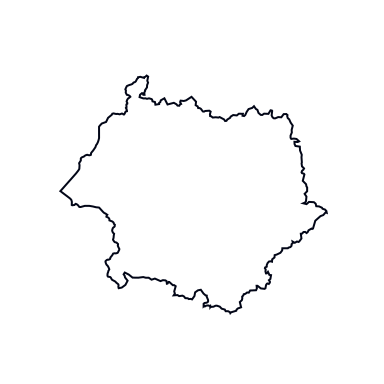 Dytikis Makedonias, Dytiki Makedonia, Greece (Natural Earth projection), rotated 311°
{"feature_id": "26713481B79624114853188", "entity_name": "Dytikis Makedonias", "entity_type": "district", "adm_level": 2, "iso_a3": "GRC", "parent_name": "Greece", "parent_adm1": "Dytiki Makedonia", "projection": "natural_earth1", "projection_center": [21.387, 40.387], "detail": "fine", "context": "isolated", "style": "outline", "palette": "ink", "viewbox_px": 384, "rotation_deg": 311, "n_neighbors": 0, "source": "geoboundaries", "source_scale": "gbopen_adm2", "svg_char_len": 5992}
<svg xmlns="http://www.w3.org/2000/svg" viewBox="0 0 384 384"><g transform="rotate(311 192 192)"><path d="M243.2,76.0L242.7,76.5L241.4,76.3L238.6,77.0L237.4,76.8L236.3,76.1L234.4,76.1L232.8,75.3L232.4,75.0L231.8,74.6L229.4,73.4L228.9,73.4L226.1,74.2L225.6,74.5L225.4,75.4L224.5,76.1L223.6,76.7L223.4,77.1L222.6,79.0L223.2,80.1L223.5,81.0L223.6,82.3L223.4,83.0L221.5,82.7L220.6,82.4L219.1,82.6L217.5,83.2L217.3,83.4L216.9,84.6L216.3,85.2L216.1,85.3L215.6,85.0L215.0,85.1L214.5,85.4L214.0,86.1L212.8,87.1L212.6,86.8L212.1,86.9L211.3,88.7L210.9,89.3L210.3,89.9L209.3,89.2L208.8,89.2L206.9,89.8L206.4,89.8L205.8,89.8L205.6,89.4L205.7,89.1L205.6,88.8L205.4,87.9L205.2,87.6L203.2,86.5L202.1,84.5L201.4,83.9L200.7,82.9L199.9,81.3L198.8,80.5L197.7,80.8L192.9,80.0L188.5,81.2L184.5,79.0L181.8,78.9L180.3,79.0L171.7,86.5L170.2,87.3L168.1,88.2L166.0,88.8L164.4,88.9L162.5,89.7L158.3,90.2L156.4,90.2L155.2,90.3L153.7,91.3L152.6,90.7L151.7,89.4L151.4,88.6L150.8,88.1L149.6,87.5L148.4,87.2L147.9,87.2L146.0,86.2L144.9,86.0L144.2,86.2L143.8,86.5L143.2,87.2L142.5,87.5L139.7,87.9L138.5,89.5L135.5,91.8L133.8,92.1L129.9,92.3L106.3,92.1L107.1,104.0L107.0,105.4L106.9,106.0L106.0,107.5L105.5,108.0L103.3,109.8L103.4,110.3L105.1,111.8L106.6,111.9L106.8,112.0L107.1,113.0L107.2,113.7L107.2,115.0L106.8,116.5L107.0,117.1L107.6,117.8L111.2,120.2L114.1,123.5L116.0,126.6L117.6,129.7L118.9,131.5L119.3,132.2L118.6,138.1L118.6,139.7L119.0,140.8L119.2,143.0L118.4,143.0L117.2,143.6L117.8,145.9L117.4,147.3L116.9,147.9L116.4,148.3L117.5,151.3L117.5,152.5L117.4,153.0L116.8,153.8L116.6,154.9L116.7,155.2L115.3,156.2L114.6,156.2L113.4,155.9L112.6,156.0L110.8,156.8L110.3,157.3L109.7,158.4L109.4,159.4L109.4,160.6L108.0,161.4L105.9,162.9L104.3,163.6L104.0,164.1L103.6,165.6L103.5,166.3L103.5,166.6L104.3,168.2L104.2,170.3L103.6,170.8L102.8,171.2L102.7,171.4L102.1,172.6L101.3,174.6L100.6,175.0L97.5,175.8L97.1,175.7L95.7,174.8L94.9,173.7L93.8,172.9L92.0,173.3L89.0,173.4L87.8,174.1L86.4,173.6L86.0,173.3L85.6,172.7L84.8,172.3L83.2,172.1L82.9,172.2L82.3,172.8L81.4,174.3L81.0,175.5L81.0,176.4L80.8,177.3L80.3,178.6L79.4,180.3L78.6,180.5L77.8,180.6L76.4,181.3L75.3,181.7L74.6,182.1L73.4,183.1L73.2,183.4L73.0,184.0L73.1,184.3L73.7,185.3L74.2,186.2L74.1,186.9L73.3,189.1L73.6,190.6L73.9,191.9L74.1,193.0L73.9,194.3L74.0,196.8L73.8,197.3L73.0,198.1L72.5,198.3L71.4,199.5L71.3,199.8L73.8,201.7L78.2,202.7L82.8,201.6L83.6,197.5L84.6,196.1L85.0,194.4L87.1,194.1L88.2,198.4L88.4,203.3L92.0,207.6L95.8,211.0L97.0,213.4L98.9,215.6L99.3,219.0L102.3,220.8L104.1,226.7L106.4,227.9L107.9,230.0L108.0,231.3L106.3,233.2L106.8,233.6L108.8,233.4L109.2,233.9L109.1,238.7L110.0,239.6L110.2,241.5L105.3,243.8L104.1,245.7L102.0,246.0L104.7,248.7L105.0,250.6L107.5,252.8L107.9,254.5L107.5,256.6L109.0,258.5L109.1,259.8L110.5,261.2L111.0,262.5L115.1,262.1L118.3,260.2L121.7,261.0L124.0,262.8L122.9,267.3L122.9,270.0L123.5,271.1L122.7,271.7L121.1,274.9L120.2,275.8L119.2,276.1L118.1,275.7L116.5,274.3L115.3,274.1L113.3,275.8L114.2,275.9L114.1,276.8L115.4,277.2L117.0,278.6L117.5,280.0L118.1,280.3L117.1,281.3L117.9,281.2L118.0,282.0L119.6,283.5L121.5,284.3L122.5,285.3L123.7,288.2L123.4,290.9L124.8,293.9L124.1,295.6L125.7,297.4L126.2,299.4L125.7,300.4L126.8,300.4L131.4,303.3L132.5,302.8L134.2,303.0L137.2,304.7L140.3,300.3L143.0,300.6L144.5,299.9L146.0,298.5L147.7,298.6L148.8,298.1L150.2,299.1L152.3,299.5L153.3,300.9L155.8,300.5L159.9,304.8L161.8,304.2L163.6,302.3L164.2,303.0L164.4,307.2L166.5,310.3L167.5,310.6L170.4,308.9L171.9,308.7L172.7,309.2L173.0,310.3L174.7,310.2L175.4,309.7L175.9,307.9L177.8,308.2L181.1,306.2L180.2,304.8L181.6,301.7L179.6,301.8L179.1,301.2L180.2,299.6L181.9,298.4L182.3,297.0L183.0,296.7L184.7,297.4L185.8,296.4L187.9,295.7L190.0,295.7L191.2,296.7L191.9,298.1L193.8,296.7L196.7,297.2L198.6,295.8L200.2,296.9L204.1,298.6L207.0,298.4L208.8,297.1L212.5,301.3L213.3,301.3L215.0,302.4L216.7,302.4L217.9,301.4L219.7,301.6L220.6,300.4L221.1,302.9L223.5,303.7L224.1,305.1L224.9,305.4L228.7,305.1L231.9,301.5L232.9,302.4L234.9,302.4L236.1,303.6L236.2,305.4L237.8,305.6L239.6,305.1L242.8,306.2L242.9,306.9L243.8,307.3L251.2,303.9L258.1,304.8L260.7,306.2L264.3,306.2L264.7,307.3L265.8,305.9L266.0,303.9L265.0,301.5L265.4,300.4L264.5,297.4L262.8,295.1L264.3,293.0L264.3,290.7L261.3,286.8L258.0,286.4L256.5,283.4L258.3,284.3L259.9,284.0L263.6,281.4L264.5,278.2L268.1,278.4L271.0,275.9L271.3,274.7L272.7,273.0L273.1,268.3L279.0,265.3L279.2,264.4L278.4,262.7L278.7,261.8L280.1,261.2L282.0,261.4L283.3,261.1L283.5,258.2L285.4,256.0L286.4,255.5L290.1,251.8L292.1,250.4L294.2,246.3L297.0,243.6L294.6,239.9L295.5,237.9L297.1,236.4L299.1,239.0L300.5,239.6L300.6,236.1L299.2,233.9L297.2,232.1L297.6,230.8L299.2,229.4L302.4,228.3L304.2,226.5L308.2,224.5L309.1,220.9L310.6,217.7L310.6,215.8L311.7,214.1L312.7,213.6L312.7,212.0L310.9,210.1L307.0,210.4L305.1,207.9L302.2,206.5L301.3,205.4L301.2,203.9L302.0,201.9L305.8,199.3L305.9,198.8L305.2,197.7L301.1,198.4L298.4,195.0L296.3,194.5L295.3,193.3L295.3,190.3L296.9,187.5L296.6,185.7L297.4,182.5L295.0,182.3L291.7,180.3L288.4,180.7L285.0,181.7L283.5,181.5L282.7,180.1L284.4,179.1L281.8,176.0L279.2,175.6L277.1,172.6L274.2,171.7L273.1,172.1L269.8,171.1L268.3,171.3L267.3,170.4L267.8,168.6L266.7,163.7L265.5,163.1L264.0,160.9L261.8,158.8L261.7,156.7L261.2,155.9L262.5,154.5L264.9,153.3L264.7,151.7L261.8,148.8L260.5,148.3L259.9,147.3L260.6,144.1L260.3,142.6L259.4,141.6L260.3,140.2L259.9,137.8L262.8,135.8L263.5,129.2L257.2,127.4L255.3,126.1L253.5,123.5L252.1,124.0L251.3,126.0L250.2,125.5L248.8,125.8L247.7,124.4L248.0,122.7L247.4,119.8L242.0,116.1L244.6,109.7L240.7,108.3L239.0,109.1L237.8,108.7L236.8,109.5L233.9,107.1L235.6,105.0L234.5,102.7L235.6,101.2L235.5,100.3L234.5,98.1L232.8,96.9L232.2,95.5L230.7,93.9L229.2,90.2L231.3,89.0L233.8,89.4L234.1,90.0L233.4,91.5L234.2,92.4L235.7,90.8L237.6,90.3L237.9,89.8L241.4,89.4L243.2,88.0L245.7,87.1L246.6,85.3L250.3,83.2L250.1,81.4L248.3,81.2L247.0,80.4L246.6,80.8L245.0,77.4L243.2,76.0Z" fill="none" stroke="#020617" stroke-width="2"/></g></svg>